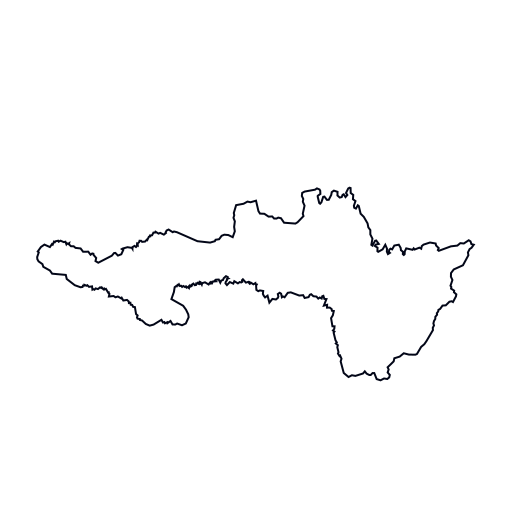 Pang Sila Thong, Kamphaeng Phet, Thailand (Natural Earth projection), rotated 207°
{"feature_id": "78962969B12930513121480", "entity_name": "Pang Sila Thong", "entity_type": "district", "adm_level": 2, "iso_a3": "THA", "parent_name": "Thailand", "parent_adm1": "Kamphaeng Phet", "projection": "natural_earth1", "projection_center": [99.409, 16.024], "detail": "fine", "context": "isolated", "style": "outline", "palette": "ink", "viewbox_px": 512, "rotation_deg": 207, "n_neighbors": 0, "source": "geoboundaries", "source_scale": "gbopen_adm2", "svg_char_len": 6076}
<svg xmlns="http://www.w3.org/2000/svg" viewBox="0 0 512 512"><g transform="rotate(207 256 256)"><path d="M443.2,174.0L443.7,170.4L449.7,170.1L451.7,166.4L452.5,160.9L451.2,160.6L450.5,155.7L449.4,153.9L447.3,152.5L442.6,151.8L440.6,149.8L433.0,149.5L429.6,147.7L416.9,152.8L414.2,149.6L404.2,147.7L398.1,148.5L396.5,149.7L396.7,151.1L395.5,151.7L395.8,152.4L393.4,152.6L393.0,153.4L390.8,152.7L388.3,154.5L386.5,151.8L386.0,152.6L384.6,152.6L384.2,154.3L381.8,154.8L380.7,157.3L379.4,157.2L379.2,158.0L377.3,157.2L376.6,158.0L376.0,157.2L374.8,158.6L371.7,156.6L370.7,156.8L370.5,155.9L369.4,155.7L368.7,153.1L364.7,155.7L362.5,155.4L360.7,157.2L356.5,157.0L356.5,157.7L354.0,156.1L351.0,158.3L348.7,157.7L347.9,156.4L346.7,157.3L345.5,155.7L344.1,156.2L342.4,154.9L340.7,155.5L336.5,149.8L334.5,149.3L334.2,147.3L333.1,146.4L330.9,147.1L330.4,146.3L328.2,146.8L323.3,145.4L319.1,145.7L316.1,148.4L311.3,156.2L308.7,154.5L307.7,155.5L306.6,154.7L305.0,156.7L304.4,156.0L302.7,159.3L299.3,157.1L296.8,158.3L295.6,160.0L290.5,160.7L287.9,164.0L288.2,170.9L289.9,173.3L294.0,176.4L298.3,178.6L311.8,179.2L312.8,186.6L314.3,191.3L313.5,192.9L312.8,193.0L312.8,194.6L312.0,194.6L311.8,195.8L310.2,194.7L309.1,195.5L307.8,194.9L307.1,196.3L305.3,196.1L304.7,197.1L303.7,196.4L303.5,197.1L302.0,197.0L302.0,197.8L301.2,197.3L301.5,198.9L300.9,198.5L300.1,199.5L300.4,200.0L299.8,200.5L300.4,200.9L299.3,203.0L297.3,202.2L296.3,203.0L296.8,204.4L296.0,204.7L295.9,205.7L295.1,206.0L294.7,205.1L294.0,205.2L294.5,207.4L293.5,207.4L292.4,205.2L292.6,206.8L291.3,205.9L291.6,207.4L289.5,209.4L285.3,209.1L285.2,210.2L284.1,210.7L284.9,211.6L284.4,212.5L282.8,212.0L282.9,213.6L280.5,215.1L281.6,215.3L281.1,216.6L278.5,218.1L275.7,216.0L275.8,218.4L274.5,219.7L274.7,221.5L273.6,224.4L271.6,224.4L271.3,223.4L270.5,223.4L271.5,222.2L270.9,221.3L271.2,219.1L270.8,217.8L268.7,216.9L267.5,220.9L263.7,221.1L263.9,223.7L259.7,223.4L258.7,225.4L257.2,225.7L256.5,226.7L257.5,228.0L257.1,229.3L252.9,227.7L250.7,229.8L249.7,229.8L249.7,228.7L248.9,228.4L248.1,229.9L245.5,229.6L244.3,231.5L243.9,230.8L242.4,231.0L242.5,229.7L240.3,226.0L238.0,225.7L236.9,227.1L233.7,228.1L232.7,225.4L231.2,224.2L229.1,223.2L227.7,225.9L222.9,220.5L221.9,225.2L218.5,226.3L217.5,228.6L217.7,230.1L219.3,232.0L218.2,234.0L216.5,233.8L214.2,231.0L213.6,232.2L211.8,232.2L211.0,237.6L208.5,239.4L199.5,240.4L196.2,242.5L193.6,240.7L190.5,243.2L190.4,245.9L189.5,247.0L186.6,246.2L183.7,247.3L181.2,246.3L180.3,248.0L178.2,247.9L178.7,250.2L177.9,251.1L175.6,248.8L173.7,249.6L173.0,242.6L170.5,244.8L169.3,242.2L166.9,243.5L164.6,243.1L163.5,241.7L161.7,242.3L160.6,238.0L160.9,234.7L156.0,228.1L154.1,229.0L153.2,226.7L153.6,224.5L151.8,224.3L152.0,222.9L146.9,217.0L144.8,215.7L145.2,214.3L142.6,213.7L142.2,211.7L138.8,207.7L138.7,206.3L136.2,204.8L135.9,205.5L133.2,203.3L132.7,200.5L124.7,191.6L118.6,190.2L116.4,193.3L113.0,194.3L107.3,199.9L106.7,202.6L104.0,201.4L101.0,201.4L99.8,202.0L99.0,204.6L97.5,205.4L92.6,201.1L88.6,201.8L86.3,205.0L83.2,206.0L82.2,208.3L82.8,210.8L85.8,212.0L86.3,215.1L88.2,216.6L85.5,224.6L86.3,227.7L82.3,231.6L80.2,236.4L74.9,237.6L69.1,240.5L68.1,241.8L67.6,250.0L66.0,253.8L65.5,257.5L64.7,270.3L65.9,272.3L65.9,275.0L67.3,276.4L67.9,278.9L67.7,281.3L68.6,283.3L68.0,285.9L68.9,287.1L68.5,289.3L69.0,290.8L67.9,292.5L67.3,296.5L64.5,298.2L62.9,303.1L61.1,304.5L59.6,304.4L59.5,310.8L60.1,312.8L63.2,313.6L63.7,315.1L67.4,315.5L67.9,317.1L69.2,317.8L70.1,323.8L72.9,326.0L74.5,329.3L73.7,333.8L67.4,341.7L67.1,353.1L68.8,355.4L68.8,359.2L67.7,361.1L67.1,364.9L69.5,364.4L71.5,366.4L73.6,366.6L76.5,361.5L79.8,360.2L81.3,356.7L86.7,353.1L95.5,343.6L96.7,343.9L96.8,346.0L100.3,347.1L101.6,348.7L107.1,347.0L111.9,342.2L112.8,340.1L112.1,337.5L114.2,337.6L117.6,333.8L119.0,334.4L119.3,332.6L125.6,331.0L125.5,327.5L124.4,325.1L124.8,324.0L126.0,324.3L127.0,326.5L129.5,327.0L130.8,328.9L133.9,330.9L137.5,328.1L137.7,323.7L139.5,323.6L140.1,322.1L139.5,320.0L138.1,319.6L139.3,317.6L141.4,319.3L142.6,322.0L145.9,324.7L146.2,319.4L149.0,315.2L150.0,315.4L151.5,318.6L154.7,318.9L154.5,320.5L152.1,322.5L155.9,324.4L156.8,323.6L157.0,318.1L158.3,318.3L160.1,324.3L163.9,327.1L165.9,331.0L168.9,332.5L171.4,335.7L177.7,339.8L182.0,341.2L187.1,347.2L188.3,347.4L188.5,343.6L190.4,343.6L191.6,345.2L192.3,350.1L195.4,350.6L197.1,354.6L200.2,355.1L202.6,359.5L203.7,359.3L204.5,358.0L204.4,353.0L202.3,351.8L203.0,349.1L205.9,350.8L206.6,349.8L206.4,347.4L207.9,346.1L210.9,346.9L212.5,350.2L216.3,349.6L217.5,347.3L216.7,344.6L216.7,339.1L218.3,338.2L222.0,340.0L223.0,339.2L222.1,333.5L222.6,331.7L223.7,331.9L228.0,336.9L228.3,337.7L226.8,340.5L228.4,343.3L229.6,344.1L232.4,343.9L233.5,341.9L241.9,335.5L243.5,333.2L242.4,330.3L239.8,328.3L238.9,325.6L235.6,322.9L233.5,314.9L231.8,313.1L234.3,304.9L235.6,302.8L246.1,298.4L250.9,301.0L253.6,300.3L254.7,298.7L256.9,297.6L259.5,298.6L262.7,296.8L267.7,297.4L271.7,295.6L274.2,297.1L281.1,305.3L285.3,301.4L288.3,300.6L290.8,296.9L296.8,292.3L295.3,284.2L293.9,282.5L293.4,279.8L290.6,277.3L288.7,272.0L286.1,268.4L285.3,262.2L290.2,262.1L293.9,260.6L295.8,258.4L296.5,254.2L299.4,252.1L299.4,250.5L303.0,247.1L314.9,242.6L337.3,241.3L340.2,240.6L341.0,239.4L345.9,239.9L347.2,238.2L347.3,236.0L346.7,235.6L347.8,233.2L351.9,233.1L353.0,231.7L356.6,232.0L356.6,231.0L358.0,230.3L358.0,227.3L359.7,226.2L359.2,225.4L360.2,224.5L360.1,221.0L360.6,221.2L361.4,218.5L363.9,216.9L365.3,217.4L366.7,216.7L366.4,215.3L367.2,213.4L366.5,212.3L367.4,212.6L366.6,210.7L367.0,209.5L368.8,209.9L370.1,207.8L369.4,206.4L370.2,206.9L374.5,205.5L378.2,202.1L378.7,201.3L377.0,201.1L376.8,196.4L379.2,193.7L382.7,194.9L383.8,194.2L384.6,190.8L393.5,178.4L396.7,178.6L397.5,181.7L401.2,183.2L401.9,184.2L403.1,183.9L404.0,182.0L407.4,183.7L412.0,181.3L415.7,183.1L420.5,181.3L422.9,181.9L425.3,180.7L428.0,181.5L428.3,182.6L429.0,181.4L430.2,181.5L430.3,180.4L432.3,182.2L433.6,181.1L437.1,180.9L438.3,179.2L439.2,179.8L441.3,178.1L441.5,177.0L442.5,177.1L442.3,173.8L443.2,174.0Z" fill="none" stroke="#020617" stroke-width="2"/></g></svg>